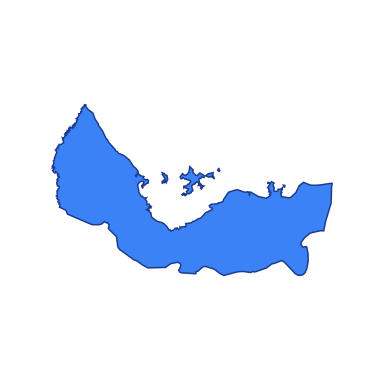 outline of Kolaka, Sulawesi Tenggara, Indonesia, rotated 131°
{"feature_id": "22746128B69202393010200", "entity_name": "Kolaka", "entity_type": "district", "adm_level": 2, "iso_a3": "IDN", "parent_name": "Indonesia", "parent_adm1": "Sulawesi Tenggara", "projection": "mercator", "projection_center": [121.519, -4.102], "detail": "fine", "context": "isolated", "style": "filled", "palette": "blue", "viewbox_px": 384, "rotation_deg": 131, "n_neighbors": 0, "source": "geoboundaries", "source_scale": "gbopen_adm2", "svg_char_len": 6118}
<svg xmlns="http://www.w3.org/2000/svg" viewBox="0 0 384 384"><g transform="rotate(131 192 192)"><path d="M290.4,282.0L288.5,275.3L290.4,271.5L282.3,246.1L277.6,240.6L275.3,239.2L271.7,238.6L271.5,236.5L270.7,235.7L271.3,232.8L274.5,231.1L275.3,219.7L282.1,211.9L282.9,209.1L281.4,192.1L281.0,190.1L280.3,189.4L279.6,181.9L278.2,175.5L266.3,162.5L260.1,161.1L254.4,156.7L253.8,154.3L254.1,152.8L256.7,151.3L259.8,150.8L260.5,148.6L260.0,147.0L251.2,135.5L249.3,136.6L247.8,135.5L241.5,134.8L239.4,133.2L235.6,124.5L235.2,117.5L234.1,113.2L222.5,105.4L218.5,101.4L214.3,95.0L212.1,93.9L211.1,92.1L200.7,86.1L193.4,84.4L192.2,83.2L185.2,79.5L184.4,77.0L184.5,74.6L185.9,60.7L185.4,57.8L184.3,56.0L181.9,54.1L178.8,53.7L174.0,55.3L167.9,59.0L162.3,64.1L158.2,69.4L158.3,70.1L160.5,71.7L160.7,72.7L160.3,75.1L158.6,76.5L152.5,77.1L145.3,75.8L136.9,69.6L134.9,67.1L126.5,71.9L109.2,79.7L95.9,90.5L93.6,91.7L93.6,92.2L103.7,100.9L107.7,105.2L109.2,107.4L111.6,114.2L116.8,115.2L124.4,113.2L131.3,114.0L132.8,115.1L136.6,121.1L136.6,122.3L135.6,122.6L134.6,124.4L133.5,123.8L132.8,125.3L131.0,125.4L129.4,126.6L132.1,127.0L133.2,128.8L134.9,128.2L135.9,128.5L137.4,130.2L137.2,131.4L135.2,132.4L133.8,135.0L132.4,135.9L131.4,135.8L132.0,138.7L134.0,139.0L134.7,140.9L135.7,140.5L135.0,139.5L135.2,138.2L139.1,137.8L138.7,136.7L140.0,135.5L139.9,134.1L141.5,134.2L140.5,132.2L142.9,132.1L142.6,130.7L145.7,131.1L148.2,132.1L151.9,139.0L153.5,147.6L154.6,148.1L154.2,148.3L154.7,149.1L154.7,148.4L155.6,148.0L155.5,147.6L155.8,146.8L156.0,146.7L156.3,147.1L156.4,146.9L156.6,146.7L156.6,146.4L156.8,146.3L156.7,146.7L156.4,147.1L155.9,146.8L155.7,148.0L154.8,148.9L157.8,152.5L160.4,159.0L162.1,160.6L168.2,164.3L176.7,163.3L178.5,162.5L180.2,162.9L183.0,165.0L184.2,165.1L188.6,169.4L191.0,170.0L191.8,168.2L190.9,166.0L192.2,165.4L198.8,168.1L206.1,168.3L208.2,169.8L212.9,171.1L213.1,171.9L215.8,172.4L220.0,176.0L220.9,174.6L222.2,174.2L221.9,175.0L222.4,174.3L224.8,176.7L226.4,177.3L226.3,178.1L227.2,177.5L226.7,177.2L227.7,177.2L227.4,177.9L227.7,177.3L229.2,177.7L229.4,179.5L228.3,179.6L228.8,179.8L229.9,179.4L230.1,180.7L233.2,181.1L235.3,182.2L234.9,183.7L235.7,184.6L234.5,188.7L234.4,192.6L234.8,194.6L237.0,199.2L237.5,205.8L235.4,208.9L234.9,209.0L234.8,212.1L233.5,211.8L234.4,212.2L233.7,213.0L234.7,213.9L234.1,213.9L234.5,214.5L232.5,213.7L232.6,214.2L231.5,214.6L231.0,213.1L230.7,213.7L230.3,212.9L229.6,213.1L230.0,215.0L229.2,216.4L231.0,217.6L231.0,218.2L228.7,219.9L228.1,222.4L226.7,222.6L227.6,223.0L227.2,223.6L228.2,224.6L227.7,226.7L228.4,227.9L226.9,232.5L225.8,233.0L222.9,237.2L221.1,238.0L218.4,238.0L216.5,236.5L215.8,235.2L217.0,234.3L220.5,234.0L221.4,232.0L220.7,231.9L219.9,233.3L219.2,233.5L218.8,232.7L218.0,233.5L217.5,232.0L215.9,232.1L213.8,230.9L211.9,232.5L211.9,234.1L213.0,234.6L213.7,237.4L213.3,238.3L211.9,238.4L213.5,241.5L213.3,242.7L214.0,242.8L213.2,245.1L213.8,245.4L213.9,244.9L214.5,244.6L216.3,245.3L216.8,244.3L217.0,244.6L216.6,245.5L214.4,244.9L213.8,245.7L211.9,245.8L211.0,249.9L211.1,252.9L208.9,260.6L209.2,267.6L211.1,273.0L210.4,274.9L211.2,276.6L210.4,277.8L209.1,287.9L208.1,289.8L207.8,292.3L204.6,299.7L202.9,306.8L202.2,307.2L200.6,312.9L197.4,318.7L197.9,325.4L197.0,328.2L195.9,329.1L196.2,330.1L197.0,330.3L198.2,329.4L198.4,330.0L200.1,330.2L200.4,329.4L201.9,330.2L203.7,328.0L204.4,328.6L205.9,327.5L207.3,328.9L208.2,327.6L210.3,327.1L212.6,327.5L212.2,326.0L214.1,325.9L214.5,324.9L215.8,324.8L217.0,325.5L217.4,324.8L217.7,325.3L218.2,324.8L218.7,325.2L218.7,324.2L219.6,325.0L219.6,324.5L220.1,324.6L220.8,323.8L221.1,325.1L222.2,324.0L222.3,325.1L223.6,325.6L223.1,326.6L224.0,326.3L224.6,326.9L225.3,326.6L225.0,325.9L225.5,326.3L225.0,325.5L226.2,324.3L226.8,324.5L226.4,325.3L227.1,324.9L226.8,325.6L227.5,326.4L227.8,325.8L228.6,326.0L228.7,325.1L229.7,326.0L229.9,325.2L230.4,326.2L231.1,326.1L230.8,325.0L231.6,325.5L231.9,324.3L232.5,325.2L232.7,324.6L234.8,324.2L235.5,324.7L235.7,324.1L236.2,324.0L236.3,325.2L238.9,321.2L242.3,322.1L243.3,323.5L244.5,322.8L245.2,323.2L245.9,322.4L245.8,322.9L246.6,323.0L248.4,322.4L249.8,322.7L249.5,321.5L250.3,321.3L251.2,319.8L254.3,319.1L255.4,317.9L256.2,318.3L258.1,317.0L259.5,317.0L260.5,315.5L262.2,314.5L264.1,314.4L263.6,313.4L264.6,313.3L263.7,312.9L263.7,311.9L264.4,312.1L264.6,311.3L265.4,312.1L266.4,310.8L267.3,311.1L267.8,308.3L267.4,307.7L266.0,308.1L266.4,304.4L267.3,304.8L268.2,303.1L267.4,302.6L267.5,302.0L269.9,302.3L271.5,301.8L271.2,300.7L273.7,300.3L274.9,298.5L275.6,298.8L275.1,298.3L275.7,297.3L274.9,296.3L275.2,295.6L276.5,294.8L277.8,295.1L278.8,294.2L279.8,294.6L282.9,291.4L284.0,291.8L284.0,290.2L285.3,289.9L285.8,288.6L285.4,287.3L287.4,286.7L286.9,285.0L288.4,284.7L288.3,283.0L290.4,282.0ZM190.5,192.1L187.8,196.2L185.8,196.1L184.6,195.3L184.1,195.8L183.4,195.1L182.7,195.5L180.8,194.6L181.1,192.0L183.0,191.6L182.0,190.7L181.9,189.6L182.6,187.8L183.7,187.8L183.4,186.8L181.1,187.3L179.7,187.0L180.5,188.3L180.1,192.7L177.6,195.3L176.6,195.3L176.1,194.3L174.2,194.5L173.2,192.5L171.5,192.8L172.5,198.6L176.2,198.8L176.9,200.2L176.7,203.6L175.8,205.2L174.6,205.5L174.3,210.3L178.7,207.5L181.6,207.1L183.6,207.9L184.4,208.9L184.3,211.2L188.5,210.8L189.2,208.8L186.9,207.9L187.0,205.9L185.9,205.1L186.0,203.9L184.7,201.7L184.8,199.8L188.2,199.5L188.7,200.2L190.7,200.2L193.1,202.0L194.2,200.8L193.5,200.8L192.1,196.7L193.0,196.2L195.2,196.6L196.4,194.4L195.4,193.2L193.0,192.2L192.1,192.9L190.5,192.1ZM200.9,219.9L201.9,217.6L198.6,218.5L195.9,221.8L196.7,223.7L196.2,225.0L197.0,227.0L197.4,225.9L198.2,226.1L199.7,220.7L203.6,221.4L204.8,220.5L204.7,220.0L203.2,220.8L202.6,220.2L203.5,218.6L201.8,219.9L200.9,219.9ZM167.5,187.1L167.4,183.5L166.2,186.0L166.7,186.5L163.5,188.8L167.8,191.8L170.2,192.2L170.6,191.5L169.8,189.2L167.5,187.7L168.0,187.5L167.5,187.1ZM199.3,194.8L197.8,194.5L197.6,195.0L198.3,197.6L200.6,198.0L200.7,197.1L198.9,196.1L199.3,194.8ZM156.2,187.5L158.7,187.0L158.7,185.0L157.7,184.9L157.1,186.8L156.2,187.5ZM126.9,127.5L127.7,125.6L127.5,125.3L126.1,126.2L126.9,127.5Z" fill="#3b82f6" stroke="#1e3a8a" stroke-width="1.5"/></g></svg>